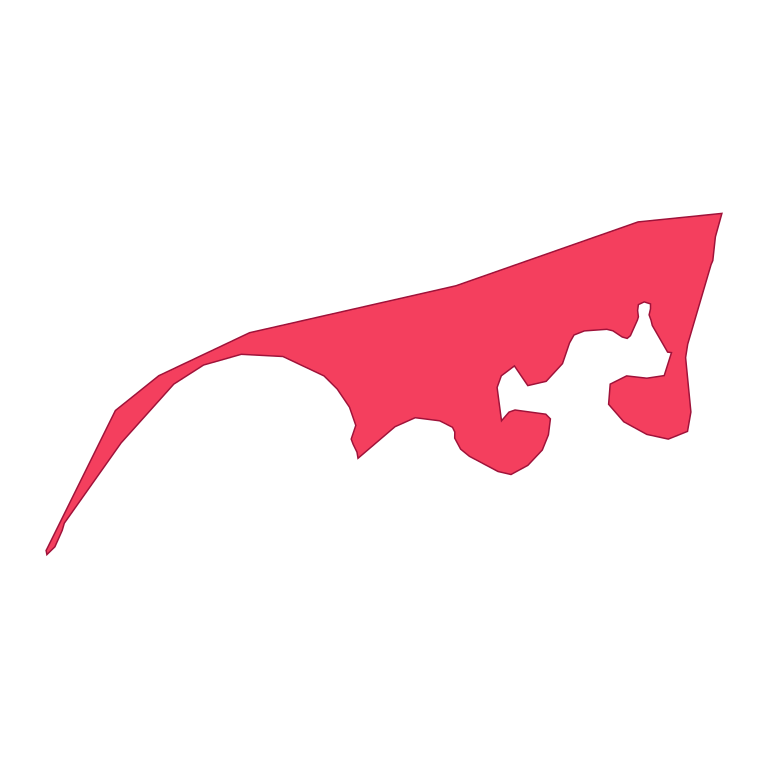 map outline of `Adan (Equal Earth projection)
{"feature_id": "YEM-3510", "entity_name": "`Adan", "entity_type": "Governorate", "adm_level": 1, "iso_a3": "YEM", "parent_name": "Yemen", "parent_adm1": "", "projection": "equal_earth", "projection_center": [44.861, 12.797], "detail": "fine", "context": "isolated", "style": "filled", "palette": "rose", "viewbox_px": 768, "rotation_deg": 0, "n_neighbors": 0, "source": "natural_earth", "source_scale": "10m", "svg_char_len": 1146}
<svg xmlns="http://www.w3.org/2000/svg" viewBox="0 0 768 768"><path d="M721.9,213.4L715.4,236.8L712.8,260.6L711.1,264.5L687.7,344.2L685.6,357.6L690.9,412.0L687.5,431.4L668.3,439.1L646.8,434.4L623.8,421.8L608.6,404.3L610.2,384.1L626.6,375.9L646.8,378.2L664.2,375.6L671.5,352.6L667.6,352.1L652.3,325.5L651.0,320.1L649.1,314.9L650.5,308.9L650.5,303.9L644.2,301.9L638.4,304.6L637.6,310.5L638.4,316.8L637.4,320.1L630.4,335.7L627.2,338.4L622.2,337.0L612.9,330.8L606.8,329.3L584.4,330.9L574.0,335.0L569.5,343.0L562.5,363.6L546.2,381.3L527.8,385.6L514.4,365.9L501.3,375.8L497.1,387.5L501.5,420.8L509.0,412.1L515.0,410.0L545.8,414.2L550.4,418.9L548.4,434.9L542.3,450.0L527.9,465.3L511.0,474.5L498.0,471.5L469.4,456.3L460.6,449.1L454.7,438.1L454.8,432.0L452.5,427.3L439.7,420.8L415.2,417.7L395.0,426.7L358.0,458.3L357.0,452.2L353.2,444.4L351.2,439.1L355.8,425.4L349.5,407.2L337.2,389.0L324.0,375.9L282.9,356.5L241.3,354.3L203.6,365.0L173.8,384.1L121.1,442.9L64.3,523.2L62.2,530.4L54.9,546.8L46.9,554.6L46.1,550.4L46.7,549.4L115.4,410.5L158.8,375.7L249.6,332.7L455.8,285.8L638.1,221.9L721.9,213.4Z" fill="#f43f5e" stroke="#9f1239" stroke-width="1.5"/></svg>